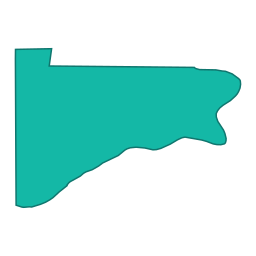 Switzerland, Indiana, United States of America
{"feature_id": "52423323B76202305495147", "entity_name": "Switzerland", "entity_type": "district", "adm_level": 2, "iso_a3": "USA", "parent_name": "United States of America", "parent_adm1": "Indiana", "projection": "robinson", "projection_center": [-84.951, 38.809], "detail": "fine", "context": "isolated", "style": "filled", "palette": "teal", "viewbox_px": 256, "rotation_deg": 0, "n_neighbors": 0, "source": "geoboundaries", "source_scale": "gbopen_adm2", "svg_char_len": 974}
<svg xmlns="http://www.w3.org/2000/svg" viewBox="0 0 256 256"><path d="M15.4,59.0L16.1,205.2L22.0,207.1L23.8,207.3L29.3,206.8L31.7,207.0L40.5,204.3L45.6,202.2L50.0,199.7L53.0,197.6L59.3,191.8L67.1,185.6L67.0,185.0L69.0,182.6L70.3,181.6L80.4,176.0L83.5,173.3L85.9,171.9L92.2,169.7L98.8,165.9L102.6,163.0L112.0,158.5L118.3,155.5L124.7,150.2L126.9,148.9L130.1,147.8L136.1,147.2L144.9,148.0L152.9,149.8L156.4,149.6L160.8,148.4L170.3,144.1L177.5,139.8L181.8,137.8L185.0,137.1L201.7,140.0L206.6,141.4L213.2,143.9L216.9,144.6L220.9,144.7L224.5,143.8L225.4,142.8L226.0,140.7L226.1,138.4L224.9,133.5L223.5,130.1L217.8,121.4L216.3,117.0L216.2,113.6L217.6,110.7L219.8,107.9L223.1,105.2L230.6,100.4L235.2,96.2L235.7,95.7L237.2,93.9L238.6,91.5L240.0,88.1L240.6,84.3L240.3,80.9L239.7,79.7L238.7,78.7L232.2,73.9L225.5,71.3L222.1,71.0L215.9,69.9L199.6,69.6L195.9,68.6L194.6,67.8L194.3,67.4L49.2,66.0L51.6,48.7L15.5,49.4L15.4,59.0Z" fill="#14b8a6" stroke="#0f766e" stroke-width="1.5"/></svg>